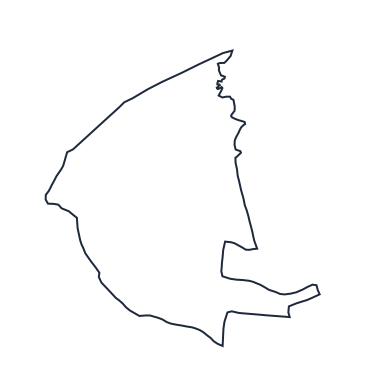 Southern Ijaw, Bayelsa, Nigeria (Mercator projection), rotated 100°
{"feature_id": "59680162B89388744582495", "entity_name": "Southern Ijaw", "entity_type": "district", "adm_level": 2, "iso_a3": "NGA", "parent_name": "Nigeria", "parent_adm1": "Bayelsa", "projection": "mercator", "projection_center": [5.914, 4.715], "detail": "fine", "context": "isolated", "style": "outline", "palette": "slate", "viewbox_px": 384, "rotation_deg": 100, "n_neighbors": 0, "source": "geoboundaries", "source_scale": "gbopen_adm2", "svg_char_len": 2642}
<svg xmlns="http://www.w3.org/2000/svg" viewBox="0 0 384 384"><g transform="rotate(100 192 192)"><path d="M45.7,176.8L49.8,185.6L66.0,208.7L76.2,222.5L88.7,240.5L98.5,253.4L110.1,266.9L115.3,274.2L121.6,278.7L131.4,286.3L170.8,316.7L174.5,321.9L185.8,323.1L188.4,323.4L192.0,324.6L199.9,328.2L206.0,330.1L209.5,331.3L215.6,333.1L217.3,334.0L220.3,335.5L221.6,335.3L224.9,334.8L228.5,331.8L227.7,326.0L227.7,321.4L230.7,317.6L232.0,311.6L232.3,310.1L235.4,304.6L237.4,300.9L246.6,298.6L247.4,298.4L254.4,295.6L259.2,293.6L262.8,291.7L266.3,289.2L270.9,286.4L278.1,279.2L279.1,278.1L283.1,273.7L287.6,269.2L291.9,269.0L296.9,265.5L302.7,257.7L305.7,253.7L309.6,248.5L311.3,245.1L313.9,240.8L317.0,237.0L319.5,232.5L323.2,222.3L321.6,216.1L320.9,212.0L321.8,203.3L322.6,199.1L324.4,194.5L324.5,194.3L325.3,189.9L325.4,185.8L325.3,179.6L325.3,176.7L325.4,175.8L325.3,169.5L325.3,168.2L325.8,164.4L326.6,160.5L328.2,156.3L330.7,151.9L332.5,148.3L335.2,144.7L335.8,143.3L337.0,140.6L338.3,135.1L321.1,137.3L314.1,137.5L304.5,136.2L304.1,135.5L302.6,132.1L303.0,124.6L302.9,123.8L301.0,103.2L300.6,98.2L298.2,74.1L293.8,76.2L288.1,76.7L287.8,76.7L283.5,69.8L281.0,65.0L278.4,59.9L275.6,55.7L272.8,51.6L270.6,48.5L266.8,51.1L262.2,53.2L262.3,57.2L265.4,61.7L268.8,66.0L272.7,71.9L275.0,77.3L276.8,83.0L277.1,87.6L275.9,92.6L275.0,99.2L273.2,103.8L271.6,108.4L271.3,109.5L270.8,112.0L269.9,115.9L269.5,120.1L269.9,126.9L270.4,131.3L270.6,132.5L270.8,139.3L269.7,147.4L264.9,149.4L260.6,149.7L256.8,150.2L251.3,150.5L243.5,151.2L237.7,150.9L235.1,150.8L234.7,145.0L235.1,141.2L237.9,132.9L239.5,128.9L238.9,125.2L237.6,121.9L236.5,118.0L232.0,120.6L230.4,121.6L226.0,123.6L220.4,125.8L215.8,127.9L210.7,130.3L205.5,132.5L199.9,135.3L196.1,137.6L189.2,140.3L181.8,143.9L175.6,146.5L172.0,148.0L168.2,149.8L161.9,151.6L155.6,154.2L150.8,155.2L149.1,153.7L144.9,150.6L143.4,151.5L142.6,156.4L138.2,158.3L135.8,158.6L133.9,158.8L131.2,158.3L130.4,158.1L125.4,156.4L123.2,155.9L121.9,155.5L119.8,154.8L117.1,152.9L115.9,151.5L113.9,152.3L113.4,156.0L113.2,158.5L112.4,162.7L111.5,165.5L111.1,166.1L110.2,166.7L108.9,166.4L104.7,164.2L102.5,164.4L100.1,164.9L94.0,167.2L93.4,169.6L91.5,171.1L92.2,174.9L93.6,178.4L92.4,182.5L87.3,180.8L84.4,180.1L83.6,180.9L83.5,181.2L84.6,182.2L85.4,183.4L86.1,184.2L86.0,184.8L85.5,185.4L84.9,185.7L83.9,184.5L83.0,184.2L82.2,183.5L81.9,183.2L81.4,183.9L81.6,185.7L80.6,185.9L78.1,185.6L78.1,182.1L77.0,182.2L76.0,181.8L74.7,179.8L72.9,179.6L72.4,181.5L72.1,183.7L69.2,185.6L67.1,186.8L64.8,186.9L61.3,188.8L60.1,186.9L59.3,182.7L57.3,181.1L51.4,177.6L45.7,176.8Z" fill="none" stroke="#1e293b" stroke-width="2"/></g></svg>